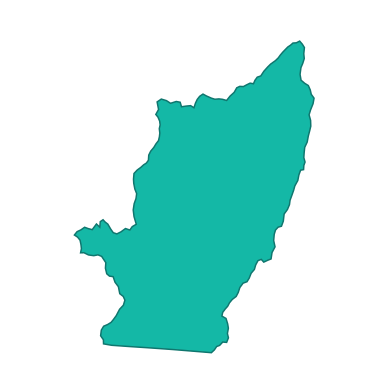 the district of Águas Mornas, Santa Catarina, Brazil, rotated 185°
{"feature_id": "56859067B80537926238149", "entity_name": "Águas Mornas", "entity_type": "district", "adm_level": 2, "iso_a3": "BRA", "parent_name": "Brazil", "parent_adm1": "Santa Catarina", "projection": "equal_earth", "projection_center": [-48.93, -27.746], "detail": "fine", "context": "isolated", "style": "filled", "palette": "teal", "viewbox_px": 384, "rotation_deg": 185, "n_neighbors": 0, "source": "geoboundaries", "source_scale": "gbopen_adm2", "svg_char_len": 2538}
<svg xmlns="http://www.w3.org/2000/svg" viewBox="0 0 384 384"><g transform="rotate(185 192 192)"><path d="M266.9,33.0L258.7,32.3L240.5,32.6L222.4,33.0L197.2,33.4L162.1,33.6L158.7,33.6L155.9,36.7L154.0,40.2L151.1,41.6L148.3,45.2L144.4,45.2L143.0,49.9L144.4,54.1L143.9,59.5L145.0,63.8L147.1,69.0L151.4,71.0L150.9,74.8L148.8,78.2L146.5,81.3L145.0,84.9L142.5,88.5L138.9,91.8L137.2,95.9L136.0,101.0L133.2,105.6L129.4,107.4L127.5,111.2L126.0,116.2L123.1,120.3L122.2,124.9L120.3,129.4L117.1,130.9L114.4,128.4L110.6,130.6L107.4,132.2L107.0,138.7L104.5,144.6L106.4,150.7L106.4,157.0L105.5,161.4L103.1,164.5L99.9,165.7L98.5,170.9L98.3,178.1L95.4,182.9L93.8,187.9L93.6,192.3L92.2,197.5L90.9,202.6L90.1,207.0L87.6,212.7L87.0,218.4L85.7,223.2L82.8,224.0L82.9,228.2L82.0,231.7L83.6,236.0L83.7,240.6L83.6,246.3L81.6,251.8L81.0,258.0L80.1,263.2L79.4,267.9L80.1,273.7L82.1,279.1L81.1,283.9L79.1,290.5L78.6,296.1L81.7,299.7L83.1,304.0L85.4,308.2L89.2,310.1L93.1,312.9L94.6,318.6L94.3,325.4L92.9,329.7L91.8,334.7L92.7,339.5L92.6,345.7L95.0,348.9L97.9,351.7L101.1,349.7L104.4,349.2L106.7,346.8L109.2,344.8L111.5,342.0L113.7,339.3L115.9,336.2L117.9,332.9L120.7,329.8L124.7,326.4L127.2,323.5L130.9,318.6L133.6,313.6L137.0,312.1L139.0,308.8L140.2,305.2L143.6,305.5L147.1,303.4L150.0,301.5L153.6,301.4L156.5,299.7L158.7,294.9L162.4,290.9L165.5,286.2L169.7,287.0L173.3,287.1L177.3,286.4L180.9,287.2L185.9,288.9L189.6,290.5L192.7,288.0L194.9,284.6L196.3,280.8L197.4,276.1L200.9,277.9L205.2,277.1L209.9,276.0L211.6,280.4L215.6,280.8L221.1,278.5L225.4,280.8L230.7,281.9L234.6,278.7L232.5,271.3L234.8,266.1L232.4,263.6L230.4,259.8L229.6,256.1L230.1,252.2L229.2,247.9L229.3,244.1L229.9,240.2L232.1,236.8L233.9,233.1L236.7,229.1L238.3,225.0L238.2,219.8L240.0,216.8L242.5,214.9L245.2,212.0L248.5,209.1L251.4,205.4L251.4,199.7L250.8,195.6L249.2,190.0L247.0,185.6L247.2,180.7L248.6,175.3L249.0,169.0L247.6,162.4L244.7,155.0L248.5,152.3L250.6,148.7L255.1,149.8L259.3,146.1L263.2,143.7L266.9,144.6L269.7,147.9L273.1,152.7L275.9,154.5L278.2,156.6L280.8,154.5L280.8,148.9L284.4,151.8L288.1,145.8L292.2,146.5L295.9,147.5L299.5,144.5L303.0,142.5L305.4,138.9L302.1,137.1L299.3,134.2L298.0,129.8L297.2,125.9L297.7,121.7L294.3,122.1L289.7,120.3L284.3,120.0L280.2,121.2L276.4,120.0L271.7,114.1L271.6,108.5L269.8,103.1L266.9,101.0L263.2,100.8L260.8,95.4L257.1,91.3L255.1,84.4L251.4,82.0L249.4,78.4L250.5,73.2L253.9,68.9L256.7,62.2L259.3,57.9L261.2,55.1L264.4,52.7L268.3,50.6L270.3,46.5L270.5,40.8L267.4,37.1L266.9,33.0Z" fill="#14b8a6" stroke="#0f766e" stroke-width="1.5"/></g></svg>